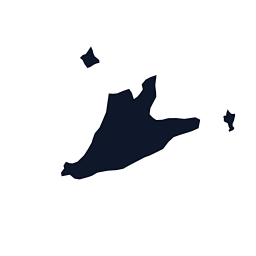 Labuan, Labuan, Malaysia (Robinson projection), rotated 220°
{"feature_id": "92858781B93759904190294", "entity_name": "Labuan", "entity_type": "district", "adm_level": 2, "iso_a3": "MYS", "parent_name": "Malaysia", "parent_adm1": "Labuan", "projection": "robinson", "projection_center": [115.205, 5.305], "detail": "fine", "context": "isolated", "style": "filled", "palette": "ink", "viewbox_px": 256, "rotation_deg": 220, "n_neighbors": 0, "source": "geoboundaries", "source_scale": "gbopen_adm2", "svg_char_len": 1608}
<svg xmlns="http://www.w3.org/2000/svg" viewBox="0 0 256 256"><g transform="rotate(220 128 128)"><path d="M158.0,147.0L161.1,143.9L163.9,141.9L154.3,126.4L151.1,116.2L149.3,110.0L149.3,102.8L147.5,97.7L145.7,93.6L144.3,85.9L143.4,78.7L144.3,69.4L147.0,64.8L149.8,62.8L153.0,61.7L152.5,58.1L150.2,56.6L149.8,51.0L147.9,49.4L142.9,55.6L136.6,55.6L132.5,58.1L127.9,64.8L125.7,68.4L123.4,74.6L116.6,82.8L110.2,89.0L106.1,94.1L103.8,100.3L100.2,109.0L97.0,116.7L94.3,121.3L88.4,134.7L88.8,143.4L87.9,150.6L84.3,156.7L80.6,162.4L77.4,167.5L74.7,173.2L78.4,179.9L82.9,178.8L90.2,170.6L97.0,166.0L102.9,160.9L106.6,155.7L111.1,151.6L115.2,151.1L120.7,151.6L124.3,157.3L125.7,163.4L127.0,169.6L129.8,172.7L135.2,177.8L140.2,185.5L142.9,180.9L144.8,176.3L144.8,170.6L140.7,167.5L140.2,162.9L140.2,157.8L141.6,152.6L148.0,156.7L152.0,157.8L154.8,153.1L158.0,147.0ZM202.1,149.7L198.0,148.7L196.6,151.3L195.7,154.6L194.5,157.2L192.8,159.5L194.0,160.8L196.6,160.8L199.8,160.8L202.7,162.1L205.3,164.1L207.9,165.4L207.4,161.2L207.1,157.2L208.8,154.6L209.1,151.6L206.2,151.6L202.1,149.7ZM52.4,195.1L51.2,194.3L49.9,193.8L48.9,193.3L48.7,192.3L48.8,191.4L48.3,191.2L48.0,192.0L47.5,193.0L47.0,193.9L46.9,194.7L47.1,195.7L48.2,195.9L49.2,195.8L50.9,197.6L51.4,198.5L51.9,200.1L52.3,201.5L53.6,204.0L54.4,205.8L55.2,206.6L57.0,204.8L58.1,204.6L59.5,204.6L61.2,204.8L62.4,205.2L61.8,203.6L61.2,202.4L60.6,201.6L59.8,200.8L60.4,199.7L61.6,198.8L61.2,198.0L60.5,198.0L59.9,197.3L59.3,196.3L58.7,195.7L57.7,195.7L57.0,195.9L56.3,196.2L54.8,196.6L53.5,195.9L52.4,195.1Z" fill="#0f172a" stroke="#020617" stroke-width="1.5"/></g></svg>